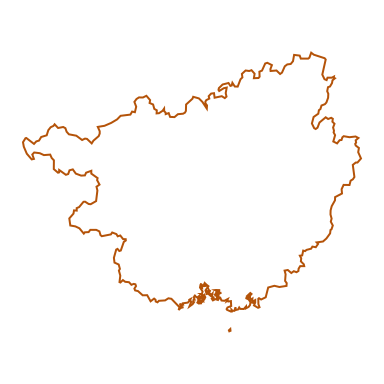 map outline of Guangxi (Robinson projection)
{"feature_id": "CHN-1152", "entity_name": "Guangxi", "entity_type": "Autonomous Region", "adm_level": 1, "iso_a3": "CHN", "parent_name": "China", "parent_adm1": "", "projection": "robinson", "projection_center": [108.679, 23.706], "detail": "fine", "context": "isolated", "style": "outline", "palette": "amber", "viewbox_px": 384, "rotation_deg": 0, "n_neighbors": 0, "source": "natural_earth", "source_scale": "10m", "svg_char_len": 5974}
<svg xmlns="http://www.w3.org/2000/svg" viewBox="0 0 384 384"><path d="M75.4,226.4L70.3,225.5L69.3,218.4L73.5,213.6L74.0,210.4L76.7,210.6L76.7,208.1L79.1,207.1L83.5,201.8L85.1,201.7L88.7,204.0L90.7,204.2L96.1,201.1L97.4,190.5L96.5,186.7L99.5,184.6L97.1,180.1L97.6,178.1L91.3,173.6L91.3,170.8L86.1,172.7L84.9,175.4L81.1,175.6L75.8,173.6L72.8,169.4L69.5,170.3L68.2,174.0L65.9,174.8L59.2,170.0L59.1,172.4L58.0,172.7L53.8,169.1L53.9,160.3L51.7,158.0L50.2,154.6L43.9,155.1L39.8,153.2L34.2,152.5L32.3,154.5L33.9,158.9L31.7,159.4L26.8,153.7L23.8,146.7L23.0,142.2L25.5,138.2L26.3,138.0L34.0,143.9L36.3,141.4L39.0,140.6L41.2,137.0L46.7,135.3L48.3,130.2L50.7,127.2L53.5,125.9L54.6,124.3L58.1,128.0L63.2,127.0L65.4,128.2L66.6,131.7L68.9,134.3L76.3,135.7L82.1,140.0L85.0,138.6L87.0,138.9L91.7,143.4L93.4,140.7L98.7,136.1L99.7,133.6L99.7,131.2L97.8,126.9L104.5,125.8L111.2,122.9L117.1,119.4L120.6,115.8L130.4,114.6L132.1,111.6L134.9,112.2L136.2,106.7L134.4,101.9L136.5,99.0L139.0,97.4L142.9,97.5L146.4,95.8L150.1,100.1L149.6,103.0L153.1,104.5L154.3,108.9L156.8,110.3L156.6,113.4L159.0,113.2L162.6,110.8L164.1,108.6L164.2,111.2L165.6,112.6L165.7,114.1L168.7,113.1L170.1,116.9L174.5,117.1L177.9,114.2L183.1,113.7L185.0,112.6L185.9,110.9L186.1,104.5L192.5,98.7L193.2,96.8L198.9,98.4L202.4,101.9L206.8,108.6L207.0,105.4L205.4,103.2L205.4,101.6L206.3,100.1L209.3,98.6L208.7,96.2L211.1,93.6L214.0,93.2L214.6,97.7L221.8,96.2L224.8,98.1L226.5,96.6L225.7,93.1L226.7,87.6L223.8,88.2L219.2,91.0L218.5,89.9L218.9,88.1L222.6,84.5L228.5,83.0L230.4,85.9L231.7,85.5L232.4,82.8L234.8,86.5L237.7,86.6L240.5,79.3L242.4,77.4L241.9,73.9L245.6,70.5L249.2,71.0L251.5,70.2L254.6,73.7L253.9,78.2L258.5,78.0L259.6,76.7L259.4,71.7L262.0,70.6L265.2,63.5L267.3,62.8L271.9,65.1L270.4,69.1L270.6,71.0L276.5,70.5L280.1,74.0L282.0,72.6L284.8,66.3L287.3,64.4L290.7,64.0L293.0,61.2L294.1,54.9L299.7,55.6L300.8,58.6L308.2,58.6L309.4,57.7L311.2,52.7L313.8,54.7L324.6,58.2L325.7,59.5L322.3,74.6L324.5,79.2L326.6,80.1L327.5,77.7L331.8,77.7L333.9,76.6L333.7,77.7L334.9,78.3L332.5,80.3L332.0,83.1L330.0,86.5L328.0,87.2L327.2,91.2L328.3,93.8L328.1,97.8L326.4,102.5L324.9,104.2L321.5,105.5L320.4,109.1L318.9,110.2L318.3,113.7L313.6,117.0L311.9,123.5L314.2,128.2L315.7,129.0L317.5,127.7L319.5,122.5L325.7,117.3L328.1,119.0L331.2,117.8L332.8,118.8L332.4,121.7L334.5,123.8L333.1,127.5L334.0,130.8L333.6,132.4L335.1,135.2L333.3,141.5L337.1,143.4L339.6,140.2L341.5,140.0L342.4,137.3L343.7,136.2L349.5,137.2L355.6,136.5L358.4,138.0L355.7,140.3L356.1,142.6L355.2,143.9L355.7,145.5L358.9,148.0L358.2,152.2L361.0,158.5L357.5,162.5L355.8,162.5L352.8,164.9L354.4,177.0L352.9,179.3L350.6,180.7L349.5,185.0L343.6,184.9L341.6,189.2L342.0,193.5L335.1,197.1L335.0,200.3L331.7,206.2L330.6,210.4L330.5,214.5L331.6,218.6L330.8,221.7L332.8,225.5L331.5,229.3L330.5,230.0L330.1,233.4L326.4,238.5L323.0,241.5L316.7,242.4L318.1,243.9L315.8,247.2L312.4,246.6L311.1,248.7L306.5,249.9L305.1,251.1L303.2,250.6L302.2,255.4L299.9,255.7L301.2,258.3L300.9,261.4L303.8,264.3L304.2,266.1L300.2,266.1L298.6,268.7L298.4,271.0L296.5,272.2L293.8,271.2L291.3,273.0L287.8,270.0L284.6,270.6L285.6,274.3L285.1,280.9L286.7,283.1L286.5,285.9L279.4,287.0L274.4,285.8L268.2,287.5L265.7,297.3L261.1,299.5L259.0,298.2L258.3,298.8L258.4,304.1L259.5,307.2L258.1,307.8L254.0,305.4L255.2,302.6L255.2,300.1L253.4,301.2L253.3,302.9L252.1,302.6L252.4,298.7L251.1,299.7L250.0,297.6L250.0,295.7L251.5,294.0L250.3,293.0L246.9,296.2L247.5,296.9L246.9,297.2L248.1,296.9L248.2,297.9L245.6,298.0L248.6,299.4L250.5,302.2L250.0,305.1L248.6,306.9L246.0,308.3L246.0,306.5L243.8,309.0L240.2,308.9L239.2,307.5L238.2,309.4L235.8,310.0L235.5,307.2L234.4,310.8L232.5,310.8L231.5,309.7L231.8,311.5L231.0,311.6L227.0,309.8L226.6,309.1L227.5,307.5L231.2,306.0L230.9,301.1L228.3,301.5L227.8,300.5L226.9,301.1L227.8,299.0L224.4,300.8L221.5,300.5L220.2,297.6L218.3,296.9L218.7,294.0L221.4,292.6L218.9,293.3L219.2,290.9L218.0,291.3L218.6,290.1L215.9,290.0L214.9,290.1L216.7,290.9L216.4,291.9L217.3,291.8L217.8,293.8L216.5,295.3L216.1,293.1L214.9,294.8L217.3,296.8L216.7,299.0L218.6,299.0L218.0,300.0L215.2,299.1L213.0,300.5L213.3,301.1L211.8,298.7L212.8,298.1L213.6,298.7L213.6,296.5L213.0,297.6L211.9,296.7L212.4,293.7L210.6,295.8L209.0,294.4L210.6,294.0L208.9,293.4L210.3,290.1L209.3,291.2L208.7,289.8L208.4,292.2L207.5,291.5L208.1,293.7L206.6,294.0L207.2,291.5L206.0,291.9L205.5,290.3L208.4,286.2L206.6,284.8L206.3,285.8L205.0,286.0L205.6,283.0L205.3,283.7L204.7,283.0L203.5,285.5L202.6,285.2L203.2,286.2L201.7,286.9L202.0,288.0L200.7,287.6L201.3,283.4L200.5,284.8L200.0,287.5L202.6,291.5L201.9,294.0L200.7,294.0L202.6,295.1L201.3,296.2L202.6,296.5L202.6,297.6L203.2,295.5L203.8,295.1L203.2,297.6L204.7,296.2L205.3,297.2L204.4,299.1L202.9,299.0L203.8,299.7L203.2,301.5L201.5,302.2L201.8,300.9L202.6,301.1L201.9,300.1L200.7,301.5L201.0,303.3L198.7,303.5L197.4,302.6L198.1,301.3L199.3,302.2L199.8,300.1L198.6,299.7L201.0,297.6L198.3,298.0L198.9,296.2L197.2,297.5L195.0,296.2L195.2,294.8L193.9,297.1L194.6,299.7L193.6,299.7L193.1,301.9L194.0,302.2L192.6,304.2L189.4,306.5L191.2,301.9L190.1,300.0L190.6,299.0L189.3,299.7L189.1,299.1L189.3,301.1L187.8,302.6L182.9,303.3L183.1,304.6L179.5,304.0L181.7,305.4L180.4,306.1L180.9,307.2L183.5,307.2L180.6,308.0L178.6,310.0L179.5,307.2L171.4,298.8L168.4,298.3L165.1,300.4L158.9,300.8L157.5,302.3L155.7,301.5L155.5,299.7L154.1,298.6L150.6,301.3L147.2,295.2L142.7,295.3L138.0,291.1L135.1,290.4L134.4,288.6L136.0,286.1L135.4,284.3L133.7,283.9L131.4,284.8L129.0,282.2L125.2,281.8L122.9,280.1L120.4,282.5L119.5,282.1L120.3,275.7L118.9,270.6L119.9,268.9L118.7,264.5L114.5,262.6L113.9,257.8L116.2,249.6L117.5,248.9L119.3,251.0L120.8,250.5L123.8,241.9L125.8,240.5L125.7,239.2L123.1,239.1L120.3,235.5L117.7,236.3L116.4,234.1L112.2,232.5L110.9,234.4L101.8,236.2L100.5,235.1L99.4,231.4L96.3,229.9L90.3,229.9L88.6,232.1L84.8,232.3L83.8,233.6L79.4,228.3L75.4,226.4ZM229.3,331.3L228.9,330.3L230.3,329.0L230.5,330.8L229.3,331.3Z" fill="none" stroke="#b45309" stroke-width="2"/></svg>